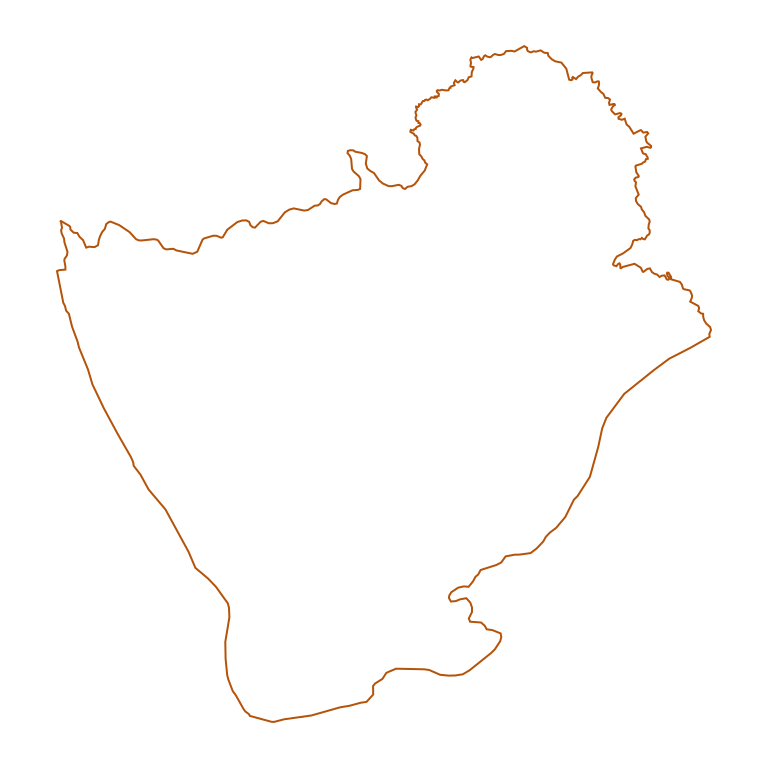 outline of Kham, Xiangkhoang, Laos
{"feature_id": "54806243B15908522447592", "entity_name": "Kham", "entity_type": "district", "adm_level": 2, "iso_a3": "LAO", "parent_name": "Laos", "parent_adm1": "Xiangkhoang", "projection": "orthographic", "projection_center": [103.704, 19.758], "detail": "fine", "context": "isolated", "style": "outline", "palette": "amber", "viewbox_px": 768, "rotation_deg": 0, "n_neighbors": 0, "source": "geoboundaries", "source_scale": "gbopen_adm2", "svg_char_len": 5988}
<svg xmlns="http://www.w3.org/2000/svg" viewBox="0 0 768 768"><path d="M60.2,220.6L61.0,221.8L62.0,227.8L61.1,230.3L61.7,233.5L64.0,238.5L64.5,242.5L67.5,251.9L66.9,255.5L64.6,258.8L64.3,260.5L65.4,266.4L65.4,269.6L59.3,270.1L57.0,271.1L63.3,302.8L65.0,306.0L66.1,310.6L68.9,313.8L72.0,326.5L77.6,341.7L79.0,347.5L88.0,369.5L92.4,384.3L103.9,408.4L117.6,433.8L131.1,457.4L133.2,462.3L133.7,465.8L140.5,474.7L148.6,489.5L165.5,509.5L188.5,551.7L195.4,567.9L207.9,578.4L215.8,586.6L227.8,603.3L229.0,607.8L229.4,617.3L225.3,641.9L225.6,658.8L227.2,675.0L228.3,679.4L232.7,691.0L235.9,695.4L243.7,709.3L245.3,711.4L249.1,714.3L249.8,715.9L271.5,721.8L274.1,721.9L284.1,719.3L311.3,715.5L340.2,707.3L349.4,705.8L360.9,702.7L366.5,701.9L373.2,694.5L373.1,685.9L375.1,683.5L382.4,678.9L386.4,672.8L396.0,668.7L424.3,669.3L429.2,670.0L440.2,674.8L448.6,675.6L455.1,675.5L462.8,674.3L469.8,670.1L491.0,653.1L494.8,649.4L500.2,641.2L501.3,637.1L500.6,633.4L492.4,630.1L486.7,629.3L484.7,625.7L481.0,622.5L470.1,621.7L468.8,618.5L472.0,612.0L472.0,607.5L470.3,602.6L466.3,598.2L459.8,599.4L455.8,601.1L450.9,601.5L448.9,597.9L449.3,595.5L451.3,592.2L458.1,587.7L463.7,586.4L468.6,586.8L473.0,581.4L475.4,576.9L478.2,574.5L480.6,570.0L496.3,565.0L501.2,562.5L505.6,556.4L514.5,554.7L519.7,554.6L530.5,553.1L536.4,548.7L543.2,541.6L545.8,536.9L550.0,532.5L556.2,527.8L565.3,517.0L573.9,499.7L577.7,495.9L589.9,476.8L598.2,447.1L602.2,428.4L606.4,417.8L624.2,393.9L654.0,370.0L669.2,358.7L690.2,347.9L709.7,336.8L709.3,334.0L711.0,330.0L710.1,327.0L706.3,323.7L704.1,320.2L703.2,316.8L703.1,313.8L701.0,313.4L698.3,311.2L699.1,308.2L698.4,306.0L690.2,301.6L691.8,297.9L692.1,295.5L690.3,291.1L689.3,290.3L684.2,289.3L683.0,288.5L681.8,284.5L679.9,281.9L671.1,279.3L671.1,277.0L668.6,272.8L667.3,272.6L666.9,273.3L667.5,275.9L669.0,277.4L669.4,278.7L668.1,279.8L666.7,279.3L664.6,275.4L661.8,275.7L659.6,277.0L657.0,274.5L654.1,273.6L651.9,272.0L649.9,268.4L647.3,268.9L643.4,271.9L642.7,271.7L640.8,267.7L634.5,263.8L623.0,266.9L621.0,268.2L620.5,268.1L620.2,264.6L619.5,263.3L618.3,263.8L616.4,266.2L613.6,265.3L613.0,264.2L614.9,259.5L616.9,256.5L622.9,253.5L630.5,248.0L632.3,244.3L633.1,241.0L634.7,239.9L637.1,240.1L639.0,239.1L640.4,239.3L641.9,237.9L643.3,239.1L644.9,239.3L647.1,235.6L649.0,234.4L649.7,232.8L649.7,230.3L648.4,228.4L648.7,224.7L649.7,221.7L649.2,219.5L645.4,215.9L644.1,212.2L641.8,209.4L641.0,206.8L637.8,204.1L636.0,200.9L635.8,198.1L638.7,194.6L635.4,186.3L636.0,182.4L634.6,180.8L634.2,179.4L635.6,177.7L638.4,177.0L638.8,176.1L636.3,172.2L635.4,166.4L635.9,165.6L642.0,163.7L643.1,162.5L645.1,161.6L646.0,159.1L647.8,158.8L647.7,157.6L645.7,154.2L643.0,153.4L641.0,148.4L646.9,146.8L650.2,147.8L651.0,147.4L651.1,145.9L647.1,142.7L646.2,141.0L645.4,136.7L648.2,133.4L647.1,132.0L643.2,132.6L641.1,130.2L640.4,130.2L633.6,133.7L629.3,126.8L626.6,124.5L624.7,118.7L622.0,119.8L618.6,118.8L618.4,117.2L620.9,115.3L621.5,114.1L621.1,113.5L619.8,113.1L615.1,114.4L612.3,111.6L611.2,109.9L611.4,108.8L613.2,106.1L614.9,105.0L614.7,104.3L613.9,103.9L609.5,104.9L609.0,102.9L610.0,99.5L608.0,98.0L605.3,97.9L603.3,93.8L600.9,92.0L597.8,88.4L598.9,85.4L599.1,82.4L598.7,81.4L597.7,81.3L594.7,82.5L592.7,82.2L591.4,77.8L591.4,75.9L592.6,73.1L592.2,72.4L582.9,73.0L580.6,75.3L578.3,76.5L576.0,79.1L572.9,77.0L572.2,77.7L572.5,79.5L571.2,80.2L569.2,79.7L566.3,68.7L561.4,62.6L555.2,61.3L551.7,59.2L549.2,56.7L548.2,55.5L547.8,53.1L544.2,52.7L540.6,50.4L535.8,51.7L533.8,51.2L531.2,52.3L529.8,52.1L527.9,51.1L527.1,49.8L527.1,47.9L524.2,46.1L514.5,51.5L511.2,50.8L506.1,51.1L503.8,54.0L500.6,55.0L498.2,55.0L494.9,54.0L493.1,54.9L490.8,57.0L489.6,57.2L487.2,56.6L485.3,55.3L484.0,56.2L482.6,59.1L481.2,59.9L478.7,56.5L472.5,58.0L471.5,57.4L470.4,59.5L471.0,63.1L470.4,66.2L471.0,66.8L473.5,67.0L473.5,68.3L471.8,72.1L471.5,76.4L468.7,77.3L467.5,80.1L464.8,82.2L463.7,81.9L463.2,80.1L462.6,80.1L460.4,80.6L458.3,82.4L457.5,82.3L455.4,80.3L453.9,82.9L454.6,85.2L450.6,86.6L450.6,87.8L449.4,88.1L448.5,90.2L446.6,90.5L441.7,89.8L439.8,90.5L437.5,90.2L436.8,90.9L436.9,91.9L438.9,93.9L438.6,96.1L437.1,96.3L436.8,97.4L436.1,97.5L435.0,96.3L434.5,96.5L434.3,97.8L431.3,97.3L430.2,98.7L427.7,100.3L426.4,99.6L425.2,99.8L424.5,100.9L422.8,101.1L420.8,104.4L419.0,104.3L419.1,106.0L418.2,107.0L416.1,106.5L416.0,107.3L417.1,109.7L415.4,112.0L416.4,115.7L415.5,117.4L416.0,119.6L416.6,120.8L418.4,121.2L418.4,122.9L419.6,123.0L420.6,124.6L420.2,125.6L417.1,126.8L416.0,127.8L415.7,129.0L414.3,129.2L413.5,130.5L410.8,129.8L410.3,131.8L413.9,133.8L414.7,135.3L416.3,135.9L417.4,137.8L417.5,141.1L419.5,142.5L420.0,144.4L419.0,149.2L419.3,154.3L421.2,156.2L422.7,159.0L424.4,160.4L425.1,162.6L427.2,164.3L424.7,170.6L420.3,175.8L417.9,180.2L414.5,184.4L411.5,186.1L407.6,186.8L404.9,189.0L402.6,188.0L401.4,185.9L398.8,184.8L391.8,186.2L388.6,186.1L383.0,183.6L379.1,180.5L374.0,173.0L370.4,171.0L367.3,168.5L365.8,163.6L366.9,156.1L365.1,154.2L362.0,153.0L355.2,151.7L353.4,150.4L350.4,150.2L347.9,150.9L347.5,153.0L349.9,156.0L351.2,159.1L352.0,168.9L353.6,171.5L359.0,176.3L360.5,179.2L360.1,188.9L357.9,189.9L352.5,190.3L343.2,194.5L339.8,197.0L337.9,200.0L336.9,203.5L334.7,204.0L331.0,203.1L326.3,199.4L324.3,199.1L321.6,201.4L320.0,204.0L317.9,205.4L314.6,205.7L308.0,210.0L304.3,210.6L293.7,208.4L289.3,209.6L284.8,212.4L277.7,221.3L272.9,223.2L268.9,223.3L263.3,220.9L260.6,221.8L255.0,227.6L252.6,227.2L250.4,225.1L249.2,221.9L246.4,220.4L242.2,220.5L237.4,222.0L227.3,229.7L222.7,237.3L221.1,237.7L216.6,235.8L213.3,235.7L204.2,238.4L202.5,239.7L197.3,251.7L192.7,253.8L176.6,250.5L173.3,248.8L166.2,249.4L163.5,248.2L158.2,240.5L156.6,239.6L153.7,239.2L141.3,240.5L138.6,240.3L136.1,239.2L129.7,232.2L119.2,225.1L110.5,221.6L109.0,222.0L106.2,224.1L104.9,228.8L102.1,232.1L100.1,236.2L98.9,239.7L98.0,245.2L94.6,247.1L89.0,246.7L86.2,247.6L83.1,240.2L79.5,236.8L77.3,233.0L73.7,232.7L70.4,229.5L70.3,227.2L69.5,226.0L60.2,220.6Z" fill="none" stroke="#b45309" stroke-width="2"/></svg>